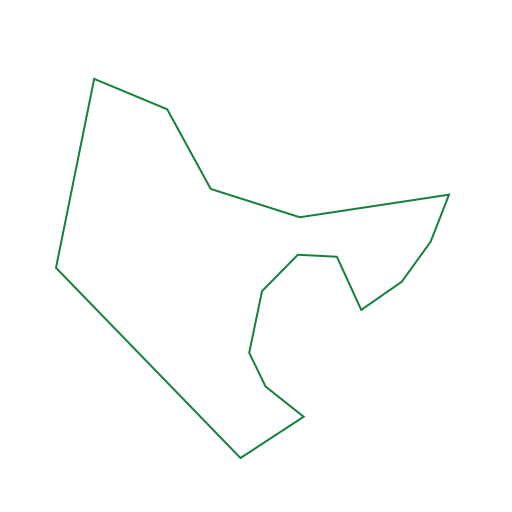 the state/province of Ngatpang, rotated 172°
{"feature_id": "PLW-5254", "entity_name": "Ngatpang", "entity_type": "state/province", "adm_level": 1, "iso_a3": "PLW", "parent_name": "Palau", "parent_adm1": "", "projection": "orthographic", "projection_center": [134.527, 7.478], "detail": "fine", "context": "isolated", "style": "outline", "palette": "green", "viewbox_px": 512, "rotation_deg": 172, "n_neighbors": 0, "source": "natural_earth", "source_scale": "10m", "svg_char_len": 365}
<svg xmlns="http://www.w3.org/2000/svg" viewBox="0 0 512 512"><g transform="rotate(172 256 256)"><path d="M56.3,289.9L81.1,245.8L115.3,210.2L159.3,188.0L176.0,244.0L214.4,251.4L254.9,220.4L276.2,161.1L264.7,125.4L231.2,90.2L299.5,58.1L455.7,272.1L391.6,453.9L323.5,413.6L291.5,328.7L207.3,288.3L56.3,289.9Z" fill="none" stroke="#15803d" stroke-width="2"/></g></svg>